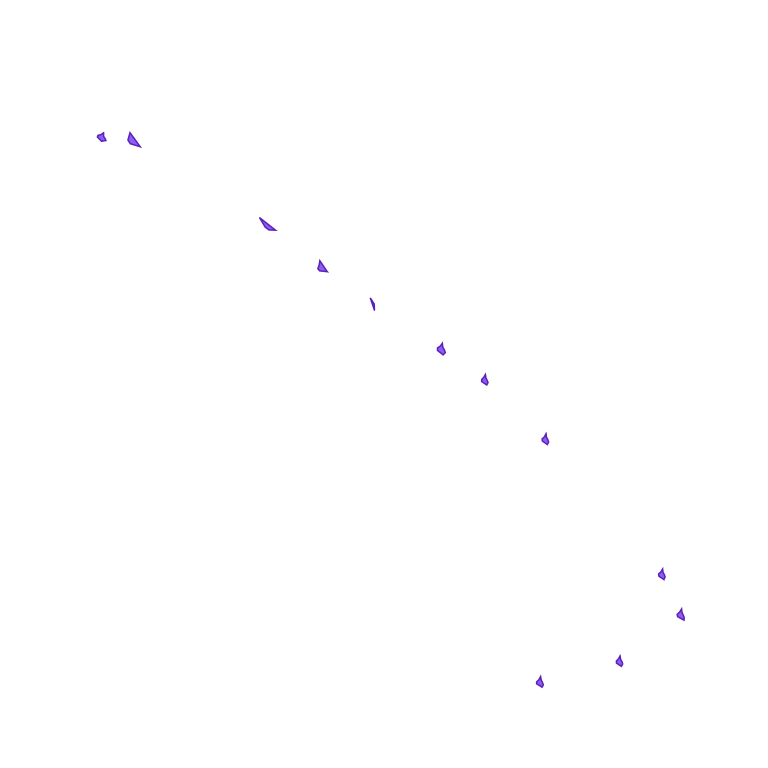 map outline of Raa (Natural Earth projection), rotated 318°
{"feature_id": "MDV-5226", "entity_name": "Raa", "entity_type": "Atoll", "adm_level": 1, "iso_a3": "MDV", "parent_name": "Maldives", "parent_adm1": "", "projection": "natural_earth1", "projection_center": [72.972, 5.719], "detail": "fine", "context": "isolated", "style": "filled", "palette": "violet", "viewbox_px": 768, "rotation_deg": 318, "n_neighbors": 0, "source": "natural_earth", "source_scale": "10m", "svg_char_len": 1408}
<svg xmlns="http://www.w3.org/2000/svg" viewBox="0 0 768 768"><g transform="rotate(318 384 384)"><path d="M363.4,27.3L361.6,44.6L356.2,35.6L357.0,31.3L363.4,27.3ZM402.8,177.0L402.9,177.4L406.3,197.1L401.6,192.5L400.7,187.9L402.8,177.0ZM418.8,249.5L417.0,262.4L417.0,262.6L413.7,258.9L411.9,256.9L412.0,254.0L415.4,252.2L418.8,249.5ZM454.6,392.8L452.3,396.0L451.6,399.4L450.5,401.7L447.4,401.9L446.2,394.8L447.9,393.0L448.0,393.0L448.7,393.1L451.1,393.5L454.6,392.8ZM343.7,9.7L343.6,9.9L341.4,12.2L340.9,15.4L340.2,17.0L338.4,15.8L336.5,14.6L336.3,8.6L337.8,7.8L340.5,9.3L343.7,9.7ZM454.6,750.3L452.8,752.8L450.9,758.3L448.9,760.2L446.5,753.4L447.7,751.3L451.1,751.3L454.6,750.3ZM304.6,706.2L302.8,709.1L302.0,711.9L301.1,714.2L298.6,715.1L296.8,708.9L298.1,707.5L301.2,707.4L304.6,706.2ZM467.3,707.9L465.3,710.7L464.7,713.5L463.7,715.6L461.3,716.5L461.2,716.6L459.9,711.7L459.7,710.7L461.1,708.9L463.9,708.9L467.3,707.9ZM471.2,529.3L471.1,529.5L469.1,532.3L468.5,535.1L467.5,537.3L465.1,538.2L464.9,538.3L463.5,532.3L464.8,530.6L467.9,530.6L471.2,529.3ZM465.7,444.8L463.9,447.5L463.0,450.5L462.3,452.5L459.7,453.5L458.2,447.5L459.7,446.0L462.5,445.8L465.7,444.8ZM377.5,744.0L377.4,744.2L375.6,746.9L375.0,749.8L374.0,751.8L371.5,752.7L370.0,747.0L371.4,745.3L374.4,745.2L377.5,744.0ZM431.4,310.8L430.2,318.1L426.5,322.5L426.4,322.5L431.4,310.8Z" fill="#8b5cf6" stroke="#5b21b6" stroke-width="1.5"/></g></svg>